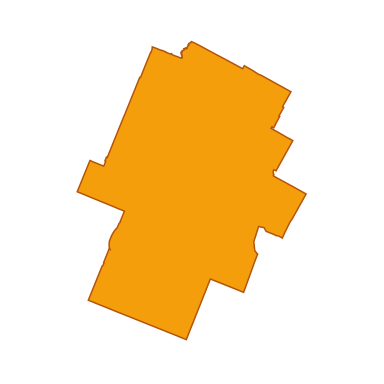 the district of Hindmarsh, Victoria, Australia, rotated 202°
{"feature_id": "25037944B30828491037515", "entity_name": "Hindmarsh", "entity_type": "district", "adm_level": 2, "iso_a3": "AUS", "parent_name": "Australia", "parent_adm1": "Victoria", "projection": "orthographic", "projection_center": [141.947, -36.033], "detail": "fine", "context": "isolated", "style": "filled", "palette": "amber", "viewbox_px": 384, "rotation_deg": 202, "n_neighbors": 0, "source": "geoboundaries", "source_scale": "gbopen_adm2", "svg_char_len": 4249}
<svg xmlns="http://www.w3.org/2000/svg" viewBox="0 0 384 384"><g transform="rotate(202 192 192)"><path d="M106.6,118.3L106.6,120.0L107.7,149.3L107.9,159.1L109.0,159.4L111.4,161.0L111.8,161.1L116.1,169.1L117.3,185.0L111.7,185.9L108.9,183.5L108.2,183.3L99.5,183.3L98.6,183.1L97.4,183.1L96.2,183.6L94.5,183.6L93.5,183.4L92.2,183.4L91.0,183.1L90.7,190.0L89.9,200.5L89.0,204.8L87.8,214.3L86.9,221.8L86.5,224.5L85.5,232.9L91.7,233.7L91.8,233.7L103.2,235.1L115.2,236.5L117.8,236.8L119.9,237.1L121.8,237.3L122.7,237.5L122.6,238.8L123.2,239.2L124.5,241.4L124.4,243.3L122.0,243.1L121.9,244.0L118.3,273.1L117.8,277.4L121.9,278.0L121.9,277.8L123.3,278.0L131.5,279.2L142.6,280.6L142.3,282.4L140.3,282.1L139.9,285.6L140.1,285.6L139.8,288.4L139.7,288.6L139.4,291.1L139.0,294.9L139.9,295.0L139.4,298.7L139.0,301.7L138.9,302.4L138.6,304.7L140.0,304.9L139.9,305.6L139.8,306.3L139.8,306.8L139.4,309.6L139.3,310.6L139.1,311.3L139.1,311.6L139.0,312.1L139.0,312.4L139.0,312.6L138.1,319.9L137.8,322.0L153.5,323.9L171.4,326.1L174.7,326.1L174.8,326.1L180.7,327.3L190.8,328.7L191.2,325.3L196.8,325.9L214.0,327.8L221.9,328.6L242.5,330.9L247.1,331.2L248.8,331.2L248.8,330.9L249.0,330.8L249.1,330.7L249.2,330.4L249.1,330.2L249.0,329.9L249.1,329.7L249.3,329.6L249.5,329.6L249.8,329.4L250.0,329.3L250.2,329.2L250.3,329.0L250.3,328.9L250.2,328.8L250.1,328.7L250.3,328.4L250.5,328.3L250.5,328.2L250.4,328.1L250.2,328.1L250.2,327.9L250.2,327.7L250.1,327.4L250.0,327.2L250.3,327.0L250.5,327.0L250.8,327.0L250.8,326.9L250.5,326.7L250.3,326.5L250.2,326.4L250.2,326.2L250.4,325.9L250.6,325.6L250.6,325.2L250.7,324.9L250.8,324.6L250.8,324.4L250.8,324.2L250.7,323.9L250.6,323.7L250.8,323.7L250.9,323.8L251.0,323.7L251.3,323.4L251.2,323.2L251.1,322.9L251.1,322.7L251.3,322.8L251.5,322.8L251.8,323.0L252.0,323.1L252.2,322.9L252.1,322.7L252.1,322.4L252.3,322.3L252.7,322.1L253.0,322.0L253.2,321.9L253.3,321.8L253.2,321.7L252.9,321.6L252.8,321.4L252.6,321.3L252.5,321.1L252.6,320.9L252.7,320.7L252.8,320.5L252.8,320.4L253.0,320.3L253.2,320.2L253.4,320.1L253.4,319.9L253.5,319.7L253.8,319.4L254.0,319.2L253.9,319.1L253.8,318.9L253.9,318.7L254.0,318.6L254.0,318.4L254.3,318.2L254.2,318.1L254.2,317.9L254.3,317.8L254.3,317.7L254.2,317.4L253.8,317.1L253.7,317.1L253.8,316.9L254.0,316.9L254.3,316.7L254.1,316.4L253.9,316.3L253.8,316.2L253.7,316.0L253.7,315.9L253.3,315.9L253.2,315.9L253.0,315.7L252.8,315.5L252.6,315.3L252.5,315.1L252.6,314.9L252.7,314.7L252.1,314.3L251.9,314.2L251.9,313.8L252.0,313.6L252.1,313.2L251.9,312.8L251.8,312.7L251.5,312.8L251.5,312.5L251.7,312.2L252.1,312.1L262.1,311.8L262.8,312.7L263.6,311.9L263.8,311.8L266.4,311.8L268.9,311.8L268.9,312.1L269.0,312.1L272.7,312.1L272.8,312.1L272.8,311.8L280.4,311.8L282.0,311.7L283.2,311.7L282.8,310.4L282.4,309.0L282.4,305.8L282.7,305.7L282.7,301.2L282.7,296.1L282.7,290.9L282.7,290.7L282.7,285.1L282.7,283.8L282.7,281.7L282.6,281.3L282.7,278.9L283.0,278.8L283.3,278.8L283.4,278.7L283.4,271.9L283.4,266.9L283.4,266.2L283.4,265.6L283.4,265.4L283.4,264.1L283.4,262.3L283.4,261.6L283.4,261.2L283.4,260.5L283.4,259.9L283.4,258.6L283.4,258.4L283.4,255.0L283.4,248.0L283.4,247.8L283.4,246.3L283.4,244.4L283.4,240.2L283.4,239.7L283.4,238.5L283.5,236.3L283.5,232.1L283.5,225.4L283.5,224.7L283.5,221.1L283.5,219.1L283.5,214.1L283.5,213.6L283.5,211.4L283.5,206.6L283.5,206.1L283.5,204.9L283.5,201.3L283.5,199.4L283.5,196.5L283.5,194.5L283.5,194.4L283.4,194.4L283.4,194.1L283.5,193.9L283.5,193.1L283.5,192.9L283.5,192.3L284.4,192.3L284.4,188.3L284.1,188.3L283.7,188.3L283.5,188.2L283.5,183.1L283.5,182.9L285.3,182.9L285.9,182.9L286.3,182.9L287.8,182.9L290.8,182.9L291.4,182.9L292.1,182.9L293.8,182.9L294.6,182.9L295.3,182.9L295.9,182.9L296.5,183.0L298.4,183.0L298.4,182.9L298.5,166.0L298.5,149.2L290.9,149.2L283.4,149.1L257.1,149.0L253.9,148.9L250.7,149.0L247.5,148.9L247.5,148.1L247.5,145.4L247.5,137.8L247.3,137.8L247.2,137.7L247.5,136.4L247.9,135.2L248.0,130.8L248.0,130.7L248.3,130.1L248.9,128.6L249.9,124.6L249.8,124.0L250.2,121.9L250.2,119.7L250.2,115.7L249.8,114.1L249.1,112.1L247.9,109.5L246.5,108.1L247.6,108.1L247.5,104.9L247.5,101.6L247.5,93.3L247.0,93.3L247.0,90.7L247.6,89.6L247.6,82.8L247.6,52.8L215.1,52.8L158.9,53.0L142.0,53.0L142.4,118.2L116.3,118.3L106.6,118.3Z" fill="#f59e0b" stroke="#b45309" stroke-width="1.5"/></g></svg>